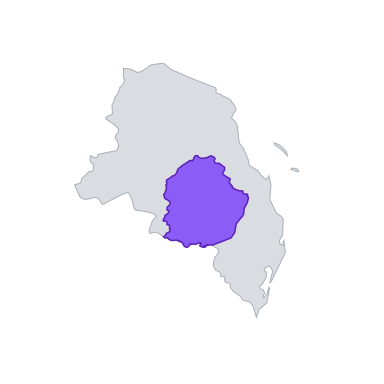 Olancho highlighted on a map of Honduras, rotated 69°
{"feature_id": "HND-642", "entity_name": "Olancho", "entity_type": "Department", "adm_level": 1, "iso_a3": "HND", "parent_name": "Honduras", "parent_adm1": "", "projection": "equal_earth", "projection_center": [-86.074, 14.814], "detail": "fine", "context": "in_parent", "style": "filled", "palette": "violet", "viewbox_px": 384, "rotation_deg": 69, "n_neighbors": 0, "source": "natural_earth", "source_scale": "10m", "svg_char_len": 6436}
<svg xmlns="http://www.w3.org/2000/svg" viewBox="0 0 384 384"><g transform="rotate(69 192 192)"><path d="M331.9,176.8L320.3,175.9L314.8,177.8L312.4,182.0L310.4,183.9L308.6,183.5L305.2,185.1L299.9,188.9L295.2,190.3L291.0,189.4L289.8,190.3L289.4,191.5L288.8,192.7L287.2,193.4L285.3,193.0L283.2,191.7L282.1,192.3L281.9,194.7L280.8,195.4L278.6,194.2L276.2,195.1L273.5,198.0L269.7,198.6L264.9,197.0L261.1,193.8L258.4,189.1L255.2,187.9L249.6,191.4L247.2,195.5L246.7,197.9L247.3,200.2L246.2,201.7L243.6,202.4L241.6,205.2L240.3,210.0L240.0,213.6L240.8,216.2L239.5,218.1L236.1,219.4L232.1,223.5L227.4,230.5L222.8,235.4L218.2,238.1L216.0,241.2L216.1,244.6L215.8,245.7L215.0,246.1L213.4,246.5L204.5,239.2L202.0,234.0L199.8,234.8L197.0,237.4L193.1,243.2L188.8,251.0L186.8,251.9L176.3,250.7L170.7,251.4L169.5,252.5L169.0,255.4L169.3,259.2L170.8,273.1L171.7,278.8L170.8,280.6L168.0,280.8L164.3,281.7L162.3,284.3L161.8,286.9L161.6,290.7L160.5,294.6L158.2,297.4L155.9,298.4L143.3,299.1L143.6,292.7L139.9,290.1L137.9,284.8L136.1,281.1L136.7,279.0L136.5,276.4L131.4,274.4L126.6,276.0L123.8,275.0L121.8,273.6L125.3,270.4L125.6,268.5L124.4,267.1L123.3,266.2L123.7,262.6L124.4,258.3L126.3,248.4L125.6,246.7L122.4,243.8L118.4,243.4L113.9,244.4L111.8,242.9L109.9,239.5L106.7,237.8L101.0,240.6L95.1,244.6L93.2,246.1L91.7,245.9L91.0,242.9L90.8,239.2L90.4,238.3L87.2,237.1L83.5,236.1L81.6,235.1L79.8,232.7L75.4,229.5L74.4,227.1L68.4,221.7L67.3,219.0L65.9,217.1L63.0,214.6L60.8,215.2L53.3,212.1L52.1,211.8L53.2,209.1L55.6,204.9L60.8,200.2L61.3,196.5L59.9,189.2L58.6,184.5L59.3,182.4L61.0,174.0L62.3,172.0L69.8,167.8L70.5,167.2L76.4,161.2L83.0,154.6L89.8,147.3L97.4,139.1L101.6,134.4L103.6,132.3L108.0,134.0L111.4,130.1L113.4,128.8L118.1,124.2L119.5,123.2L127.3,121.3L131.1,121.4L134.3,126.0L136.9,128.6L141.9,126.4L146.0,125.9L163.0,130.3L169.8,128.3L182.2,127.9L187.8,129.0L195.7,122.8L200.7,121.6L206.7,118.7L205.9,115.8L204.4,114.4L213.5,115.7L227.0,122.0L241.4,120.9L246.6,117.5L249.9,116.5L264.7,122.9L268.6,127.9L271.6,128.4L273.9,127.2L274.6,126.2L271.7,125.1L270.4,123.6L282.0,126.6L303.9,150.0L304.4,151.9L295.0,145.0L290.1,145.5L288.8,146.6L289.1,150.4L289.5,152.1L291.7,152.3L293.2,151.3L297.1,152.6L299.7,155.1L302.8,158.9L304.6,163.1L306.6,163.1L308.6,160.6L312.3,160.3L314.8,163.1L316.5,163.0L314.1,158.6L308.4,154.3L309.7,154.1L322.3,161.9L325.8,171.6L328.8,173.9L331.9,176.8ZM184.9,93.1L177.7,97.8L175.5,97.7L178.8,94.0L184.1,90.9L188.6,89.4L192.3,90.0L184.9,93.1ZM209.6,88.0L206.2,91.5L205.5,90.0L207.2,86.7L209.3,84.9L211.3,85.1L210.8,86.5L209.6,88.0Z" fill="#d9dde1" stroke="#a8b0b8" stroke-width="1"/><path d="M248.9,192.0L248.2,192.9L247.8,193.8L247.5,196.1L247.4,196.4L247.2,196.6L246.5,196.8L246.7,197.4L248.0,198.6L247.0,199.8L246.7,200.3L247.9,200.3L247.8,200.5L247.6,201.3L246.0,203.4L245.0,204.0L244.2,203.3L243.5,202.2L242.7,202.0L242.3,202.8L242.1,204.5L242.1,207.6L241.9,208.0L240.9,209.4L240.8,209.8L240.9,210.7L240.9,211.1L239.6,212.4L240.4,213.0L241.2,213.9L241.7,215.2L241.8,216.5L241.3,217.5L240.3,218.3L239.2,218.8L238.1,219.0L236.4,219.0L235.9,219.2L234.9,219.9L234.4,220.0L234.2,220.3L234.0,220.7L233.7,221.2L233.6,221.7L233.4,221.9L233.2,221.9L232.8,221.8L232.6,221.9L232.1,222.4L231.6,223.3L231.2,224.3L230.8,225.8L230.5,227.0L230.0,228.2L229.5,229.0L228.3,230.2L227.5,230.8L225.9,231.4L225.6,232.2L225.5,233.1L225.1,234.0L224.3,234.3L223.5,234.5L223.0,232.5L222.8,232.3L222.4,231.9L222.1,231.6L221.6,231.2L221.4,230.7L221.4,230.1L221.4,229.4L221.2,228.1L220.9,227.4L220.5,226.7L219.7,225.9L219.4,225.8L219.1,225.8L219.1,226.3L218.9,226.4L218.6,226.3L216.9,225.6L214.8,225.0L214.5,225.1L214.3,225.3L213.8,226.7L213.5,227.0L213.3,227.0L212.7,226.9L212.2,226.6L211.6,226.1L211.2,226.0L210.8,226.0L210.6,226.2L210.4,226.4L210.2,226.6L209.8,226.8L209.6,227.0L209.4,227.5L209.4,228.2L209.3,228.4L209.2,228.7L209.0,228.9L208.7,229.1L208.0,229.1L207.7,229.0L207.2,228.5L206.3,226.9L204.6,225.9L204.2,225.5L204.0,225.0L203.9,224.5L203.8,223.6L203.5,222.8L202.9,221.6L202.5,221.1L202.0,220.7L201.2,220.5L200.8,220.6L200.7,220.7L200.5,220.9L200.4,221.4L200.2,221.7L199.8,221.7L198.7,221.4L197.4,220.7L197.1,220.3L195.9,217.4L195.5,216.8L195.1,216.5L194.5,216.4L193.3,216.3L192.9,216.4L192.0,216.8L191.3,217.2L190.9,217.6L190.6,217.7L190.3,217.8L190.1,218.0L189.7,218.6L188.7,219.4L188.3,219.6L187.8,219.7L184.5,219.4L184.1,219.2L183.9,219.0L183.6,218.2L183.4,217.8L183.2,217.5L182.3,216.6L181.3,216.3L181.1,216.1L180.2,214.9L177.7,214.0L176.7,213.9L176.4,213.9L176.2,213.9L176.0,213.6L175.8,213.0L175.4,212.3L175.2,212.2L174.5,212.2L174.4,212.3L174.2,212.4L173.8,212.5L173.5,212.4L171.6,211.3L171.6,210.5L171.1,208.4L170.9,207.6L170.8,206.7L170.7,206.3L170.2,205.3L170.1,204.7L170.1,204.2L170.2,203.2L170.3,202.2L169.4,200.7L167.9,198.8L167.4,198.2L166.6,198.0L166.2,197.5L165.6,196.7L165.0,195.3L163.6,190.8L163.3,188.6L162.9,187.9L162.8,187.3L162.7,185.6L162.5,185.0L162.2,184.3L162.0,183.9L161.8,182.6L162.2,182.1L162.6,180.5L163.0,180.0L162.9,179.9L162.7,179.7L162.1,179.2L161.5,178.5L160.5,177.8L160.1,177.3L159.6,176.5L159.4,176.1L159.3,175.5L160.0,174.0L160.1,173.8L160.4,173.5L160.6,173.5L161.0,173.6L162.3,173.1L163.2,172.1L163.9,171.5L164.1,170.9L164.2,170.5L164.2,170.1L164.3,169.7L164.4,169.3L164.6,168.7L164.9,168.1L165.0,167.7L164.9,167.2L165.3,166.0L165.0,162.4L165.0,161.9L165.1,161.1L165.3,160.8L165.5,160.6L165.8,160.5L166.5,160.1L167.0,159.6L167.1,159.1L169.2,158.5L170.6,160.0L171.0,160.1L171.4,160.3L172.3,160.2L172.6,160.1L172.9,159.9L173.4,159.5L173.8,159.3L174.1,158.5L174.5,157.9L174.9,156.4L175.1,156.0L175.3,155.8L175.5,155.8L176.0,155.9L176.3,155.7L180.1,153.0L180.7,152.8L181.2,152.8L182.2,153.3L182.9,153.7L183.5,154.2L183.9,154.7L184.2,155.2L184.5,155.7L184.6,156.0L184.9,156.3L185.4,156.5L186.5,156.6L187.1,156.5L188.2,155.7L190.7,153.8L191.3,153.5L193.3,151.6L196.1,153.5L197.1,153.8L198.1,153.5L199.0,153.0L199.7,152.8L200.1,152.5L201.0,152.4L201.4,152.4L201.8,152.6L202.1,152.8L202.4,152.8L202.6,152.4L205.2,150.6L207.9,147.1L209.0,144.7L209.2,144.4L209.5,144.2L209.8,144.3L210.1,144.4L210.6,144.9L211.1,144.9L212.0,144.2L213.0,143.2L213.3,142.6L213.5,142.2L213.4,141.6L214.4,141.0L214.6,141.0L214.9,141.2L215.3,141.6L215.7,141.8L216.0,141.7L216.5,141.5L216.9,141.2L217.8,141.5L221.5,144.0L226.1,149.2L231.0,151.7L232.6,153.3L235.0,157.9L237.6,162.1L238.4,162.7L244.7,166.3L246.2,168.1L248.9,172.2L248.9,177.6L248.9,192.0L248.9,192.0Z" fill="#8b5cf6" stroke="#5b21b6" stroke-width="1.5"/></g></svg>